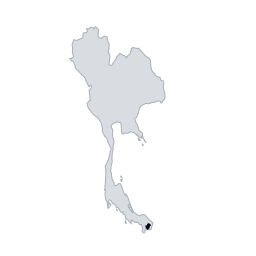 Chanae, Narathiwat, Thailand shown in context, rotated 349°
{"feature_id": "78962969B14228474631985", "entity_name": "Chanae", "entity_type": "district", "adm_level": 2, "iso_a3": "THA", "parent_name": "Thailand", "parent_adm1": "Narathiwat", "projection": "equal_earth", "projection_center": [101.649, 6.04], "detail": "fine", "context": "in_parent", "style": "filled", "palette": "ink", "viewbox_px": 256, "rotation_deg": 349, "n_neighbors": 0, "source": "geoboundaries", "source_scale": "gbopen_adm2", "svg_char_len": 4618}
<svg xmlns="http://www.w3.org/2000/svg" viewBox="0 0 256 256"><g transform="rotate(349 128 128)"><path d="M113.3,23.3L113.5,24.3L114.3,23.0L115.4,22.3L117.5,25.2L117.7,26.5L116.2,31.2L116.4,32.8L117.4,34.1L118.6,34.8L119.8,34.6L122.2,33.3L124.7,34.1L124.6,37.3L125.5,42.2L124.2,47.3L123.0,49.8L123.9,52.0L124.0,54.1L121.5,62.0L122.0,62.6L123.6,63.5L124.2,63.2L126.9,60.1L129.7,57.7L130.7,55.6L132.5,54.9L134.1,53.1L137.9,56.3L138.9,56.6L139.4,57.1L139.6,58.4L140.0,58.7L141.6,56.9L144.2,55.7L145.2,52.9L146.4,52.1L146.3,50.8L146.7,50.3L148.8,50.1L152.0,51.6L153.1,51.9L153.6,51.5L158.8,60.4L162.1,63.7L162.9,66.0L162.2,72.0L162.3,75.3L163.0,77.9L164.4,79.7L165.4,82.3L169.3,84.8L169.0,85.4L169.2,87.0L171.6,88.9L171.8,89.5L171.5,91.9L170.5,93.7L170.2,95.2L170.2,97.1L170.9,99.9L170.1,105.6L168.7,107.2L166.9,108.4L165.9,110.0L165.1,109.6L164.8,108.0L162.7,107.1L158.8,107.9L156.8,107.5L154.2,108.1L151.7,107.9L150.2,107.2L145.9,108.5L144.1,109.6L142.8,111.3L140.9,115.5L138.9,118.1L138.9,119.2L136.5,119.8L136.6,123.5L138.0,127.4L138.4,132.4L141.2,135.9L140.7,138.3L141.0,140.7L143.1,146.2L141.6,143.6L141.3,141.8L139.5,139.1L138.9,140.4L136.8,138.4L135.9,136.3L135.6,137.2L133.5,134.3L131.3,132.8L130.1,132.1L127.2,133.1L123.4,132.3L121.9,133.1L121.3,132.6L120.9,131.7L122.0,121.4L118.7,120.1L118.2,119.4L117.5,120.2L114.2,120.6L111.9,122.5L111.6,124.1L112.7,126.9L111.3,132.1L111.7,136.9L111.6,139.5L109.9,142.9L109.5,145.6L107.7,149.8L106.4,155.0L106.1,158.0L103.9,162.7L103.4,165.3L102.7,166.3L103.0,168.4L102.6,174.8L103.9,179.4L103.6,181.5L105.1,182.3L108.6,180.8L109.8,181.2L110.6,183.7L111.5,191.3L113.0,193.7L113.3,192.5L114.0,193.7L114.6,196.0L116.4,208.0L117.4,211.1L116.3,210.3L115.7,206.5L114.6,206.4L115.0,204.0L114.3,203.2L113.3,203.8L113.3,205.7L116.1,211.7L117.9,211.9L120.1,214.5L122.5,216.4L125.6,215.7L127.7,216.4L129.0,218.0L131.0,222.0L134.2,225.4L133.7,227.5L132.4,229.3L131.8,231.5L130.9,232.2L129.7,232.2L128.3,230.3L125.1,232.0L124.4,233.8L123.6,234.2L122.1,232.3L122.3,231.2L123.1,229.6L122.9,225.4L121.0,225.4L119.7,222.3L119.3,222.0L118.3,222.4L115.3,221.0L114.4,219.0L113.5,219.2L112.8,222.5L110.1,218.0L108.3,216.2L108.5,212.9L107.3,212.2L106.7,211.2L107.2,209.2L105.5,209.6L104.6,209.0L103.6,205.4L102.8,204.0L101.6,204.0L101.2,203.3L101.3,201.5L98.5,199.0L97.6,196.2L96.3,194.9L95.4,195.3L94.6,197.3L93.9,197.2L93.3,196.6L92.6,193.7L92.7,188.7L93.6,185.8L94.1,181.2L95.4,177.2L98.2,165.8L98.3,161.3L103.0,154.9L106.1,147.6L107.1,146.5L107.5,145.2L105.9,139.3L105.2,135.2L105.3,134.1L103.3,131.3L102.9,128.2L102.3,127.2L102.2,126.1L102.9,124.2L102.5,117.3L100.4,112.5L96.5,108.1L93.1,101.5L92.6,99.2L92.5,96.0L95.3,93.8L96.4,93.6L96.9,83.9L99.3,82.0L99.8,81.2L100.0,79.6L99.5,78.6L97.9,80.2L97.6,79.9L95.7,74.1L95.3,70.7L87.6,59.0L88.0,57.0L86.9,52.0L85.8,51.9L85.0,51.0L84.2,48.7L85.7,49.0L88.1,47.7L87.8,42.9L88.8,40.0L89.0,35.4L90.8,32.6L91.1,31.3L92.1,31.1L93.5,32.1L94.8,32.1L100.6,31.0L101.3,29.7L101.7,27.2L102.3,26.4L103.6,26.1L105.0,26.6L106.6,25.6L106.3,22.6L109.1,23.2L110.9,21.8L113.3,23.3ZM94.7,198.6L94.3,202.4L93.2,203.1L92.8,201.0L93.5,197.5L93.8,198.3L94.7,198.6ZM112.4,176.9L112.2,178.7L111.2,179.3L111.0,177.3L112.4,176.9ZM136.5,140.0L137.7,142.5L136.3,142.3L136.1,139.8L136.5,140.0ZM107.9,221.4L107.3,220.3L107.8,218.6L108.3,220.7L107.9,221.4ZM96.5,199.1L96.3,201.1L95.7,198.3L96.5,199.1ZM112.4,175.3L111.9,175.1L111.4,173.9L112.1,173.9L112.4,175.3ZM101.3,205.2L101.9,207.6L101.2,206.4L101.3,205.2ZM139.6,146.7L139.4,148.2L138.8,147.6L139.2,146.5L139.6,146.7ZM93.4,184.2L92.8,184.8L93.3,183.4L93.4,184.2Z" fill="#d9dde1" stroke="#a8b0b8" stroke-width="1"/><path d="M127.8,230.6L127.8,230.4L128.0,230.4L128.0,230.2L128.3,230.1L128.5,230.0L128.6,229.9L128.7,230.0L128.8,230.2L129.0,230.2L129.0,230.3L129.0,230.5L129.0,230.4L129.2,230.2L129.3,230.1L129.4,229.9L129.3,229.7L129.5,229.5L129.5,229.4L129.6,229.2L129.8,228.9L129.9,228.7L130.0,228.4L130.0,228.2L130.1,227.9L130.3,227.9L130.3,227.7L130.4,227.8L130.5,227.8L130.8,227.8L130.8,227.7L131.0,227.7L131.0,227.4L131.0,227.2L130.9,227.0L130.7,227.0L130.5,227.3L130.4,227.2L130.3,226.9L130.2,226.9L130.2,226.7L130.0,226.4L130.0,226.2L129.8,226.2L129.7,226.3L129.6,226.2L129.4,226.2L129.3,226.4L129.2,226.4L129.0,226.6L129.0,226.8L129.0,227.0L128.9,227.2L128.9,227.3L128.8,227.5L128.7,227.6L128.4,227.7L128.4,227.8L128.2,227.9L128.0,228.0L127.9,228.1L127.8,227.9L127.7,227.9L127.4,227.9L127.5,228.0L127.5,228.3L127.5,228.5L127.5,228.8L127.5,229.0L127.4,229.1L127.5,229.1L127.5,229.3L127.6,229.5L127.7,229.8L127.6,230.0L127.6,230.3L127.7,230.5L127.8,230.6Z" fill="#0f172a" stroke="#020617" stroke-width="1.5"/></g></svg>